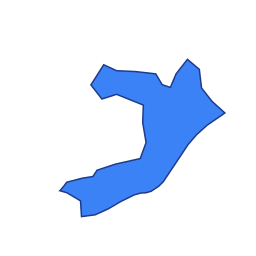 the Municipality of Zilupes, rotated 52°
{"feature_id": "LVA-5746", "entity_name": "Zilupes", "entity_type": "Municipality", "adm_level": 1, "iso_a3": "LVA", "parent_name": "Latvia", "parent_adm1": "", "projection": "mercator", "projection_center": [28.074, 56.289], "detail": "fine", "context": "isolated", "style": "filled", "palette": "blue", "viewbox_px": 256, "rotation_deg": 52, "n_neighbors": 0, "source": "natural_earth", "source_scale": "10m", "svg_char_len": 666}
<svg xmlns="http://www.w3.org/2000/svg" viewBox="0 0 256 256"><g transform="rotate(52 128 128)"><path d="M175.8,42.4L174.5,63.8L175.5,78.1L178.0,90.7L192.0,133.1L192.8,139.7L192.1,148.8L190.1,153.7L187.3,157.7L184.5,164.3L181.5,178.9L179.5,193.5L176.2,207.3L169.2,219.2L156.2,210.3L141.4,216.0L135.5,220.3L135.5,220.0L134.2,214.0L133.0,209.6L139.5,194.7L144.6,185.6L142.2,178.3L148.9,159.7L159.6,137.2L150.6,122.7L132.8,113.1L119.4,101.8L94.4,116.3L89.1,130.7L71.2,130.7L63.2,108.2L75.7,101.8L88.2,87.3L102.4,72.8L114.9,74.4L122.1,69.6L114.9,56.7L110.5,38.9L125.7,35.7L141.7,45.4L158.7,45.4L175.8,42.4Z" fill="#3b82f6" stroke="#1e3a8a" stroke-width="1.5"/></g></svg>